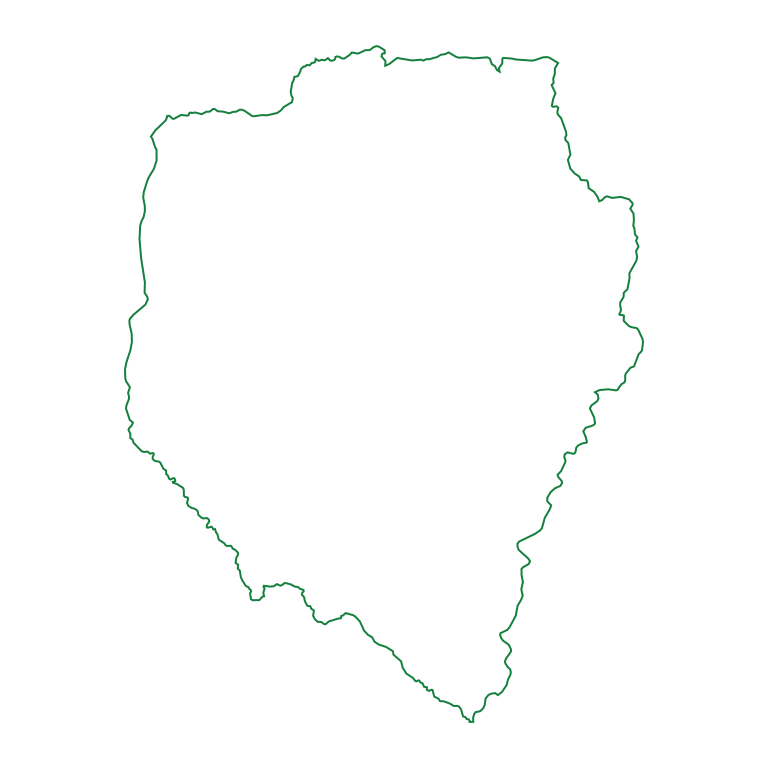 Belén De Umbría, Risaralda, Colombia (Mercator projection)
{"feature_id": "7082276B92483962355634", "entity_name": "Belén De Umbría", "entity_type": "district", "adm_level": 2, "iso_a3": "COL", "parent_name": "Colombia", "parent_adm1": "Risaralda", "projection": "mercator", "projection_center": [-75.868, 5.19], "detail": "fine", "context": "isolated", "style": "outline", "palette": "green", "viewbox_px": 768, "rotation_deg": 0, "n_neighbors": 0, "source": "geoboundaries", "source_scale": "gbopen_adm2", "svg_char_len": 6041}
<svg xmlns="http://www.w3.org/2000/svg" viewBox="0 0 768 768"><path d="M558.1,63.0L549.4,57.7L547.3,57.1L543.1,57.3L534.4,60.3L531.5,60.6L516.0,59.5L512.1,58.6L503.2,57.9L502.4,58.9L502.2,63.5L498.8,68.3L499.6,71.6L496.9,70.0L494.9,66.1L491.9,64.2L489.9,58.8L487.3,57.3L473.4,58.4L465.8,57.3L458.6,57.7L455.6,56.6L448.7,52.4L445.2,54.1L440.8,54.8L437.2,57.0L429.4,59.2L426.2,59.2L423.5,60.6L420.8,59.7L412.4,60.5L397.1,58.0L389.1,64.1L385.2,65.7L385.5,61.1L381.4,56.3L382.3,53.7L384.7,53.3L384.6,50.2L379.0,46.7L376.4,46.1L373.7,47.1L369.7,50.1L365.3,50.2L358.8,53.3L357.2,53.5L351.9,52.5L349.7,54.9L344.4,58.5L342.3,58.6L339.0,56.7L337.0,56.4L335.4,57.0L335.2,58.8L334.3,60.0L331.4,60.8L330.2,60.5L327.9,58.1L325.0,60.3L321.8,59.8L318.7,60.8L315.6,58.9L315.2,61.6L314.5,62.5L311.7,63.0L309.7,65.3L307.0,64.9L305.3,66.4L303.4,66.7L300.8,69.2L300.2,71.7L297.9,76.1L294.4,76.9L293.5,80.7L292.2,82.9L290.7,91.7L291.5,95.8L292.8,98.1L292.0,102.1L283.8,107.0L281.1,110.2L277.2,113.0L267.1,115.3L261.6,115.1L253.9,116.3L252.0,115.9L244.1,110.5L241.2,109.6L239.5,109.8L236.5,111.6L233.0,111.9L229.2,113.3L223.4,111.7L217.6,111.2L215.0,109.2L213.1,108.9L209.7,111.7L206.5,111.7L201.6,114.2L195.4,112.5L191.7,113.0L190.5,112.5L189.2,113.2L188.7,114.9L187.7,115.6L181.0,115.0L174.0,118.8L172.5,118.7L169.5,115.9L167.8,115.8L166.9,116.3L166.9,117.8L165.5,120.6L155.4,130.3L150.9,136.6L152.3,138.6L155.3,147.7L156.5,149.4L156.6,160.4L154.0,168.7L148.8,177.3L147.0,181.6L143.8,192.1L143.2,197.4L144.8,206.1L144.9,211.1L143.6,217.1L141.5,221.2L140.2,225.5L139.5,238.9L141.1,258.0L144.9,282.4L144.6,292.7L147.3,296.9L147.8,299.4L145.4,304.6L133.6,314.6L129.8,318.9L129.4,320.9L129.6,324.4L131.7,334.0L131.9,342.0L130.4,350.2L126.6,361.7L125.0,369.1L125.3,378.6L126.1,381.3L129.9,387.2L128.1,392.9L129.1,397.1L128.9,399.0L126.4,405.6L126.0,408.6L129.8,420.0L133.0,422.6L131.5,425.7L129.0,428.4L128.5,429.9L130.4,433.9L130.3,438.1L132.5,439.5L133.5,442.7L141.5,451.1L143.9,452.0L147.6,451.6L150.1,453.7L152.5,453.1L153.6,453.4L153.7,454.6L152.6,457.2L152.8,459.1L155.1,461.0L159.1,461.7L160.2,462.5L163.5,468.8L166.1,470.5L166.2,474.1L167.8,475.4L169.1,478.7L170.4,479.5L173.3,478.1L174.5,478.4L175.3,480.9L174.6,481.6L172.8,481.9L172.9,482.7L176.9,484.0L182.8,487.7L183.8,489.8L183.9,495.7L184.9,497.0L187.4,497.4L188.2,498.5L187.0,502.8L188.3,505.8L191.5,507.9L194.3,508.6L196.8,510.1L197.7,511.3L198.4,514.9L201.5,517.7L203.4,518.5L206.5,518.0L208.0,518.7L209.1,520.3L209.2,521.6L206.9,525.0L206.8,527.4L208.0,527.7L211.4,526.7L212.3,527.4L213.3,529.4L215.0,529.1L216.2,532.7L217.4,534.1L218.8,539.7L224.2,543.2L225.6,545.3L227.3,546.0L230.6,545.8L231.4,546.2L232.7,548.6L235.1,549.8L237.8,552.5L238.2,554.1L236.2,558.2L235.6,562.8L238.1,564.8L237.8,568.6L239.8,570.6L240.8,576.9L242.4,580.6L246.0,586.1L248.6,587.3L249.3,588.8L250.8,590.0L251.1,591.4L250.1,593.2L250.9,599.0L251.5,599.6L252.7,600.2L259.3,600.1L262.4,596.7L264.1,596.3L263.3,592.7L264.6,588.4L263.5,587.0L263.9,585.8L270.1,586.6L273.9,586.2L276.9,584.1L280.3,585.7L282.4,584.9L284.3,583.1L286.0,583.1L290.9,584.4L294.5,586.5L297.8,587.0L300.2,588.9L303.4,589.9L303.7,591.3L302.3,592.7L301.9,594.7L304.0,597.0L304.9,601.2L307.2,605.7L310.4,606.3L311.2,608.8L313.3,609.9L313.9,610.8L313.1,615.8L314.9,619.2L317.7,621.8L321.3,622.0L324.0,624.0L325.5,624.3L328.9,621.4L338.4,618.5L340.8,618.3L341.3,615.9L342.9,615.5L345.7,613.1L353.2,615.2L355.3,616.6L359.9,621.5L364.2,630.8L368.1,634.9L372.1,637.2L374.4,641.6L378.6,644.5L386.2,647.0L393.0,651.3L393.4,654.6L401.1,661.3L402.7,667.8L406.4,673.6L412.9,677.9L415.2,680.9L416.4,681.4L418.4,680.4L419.3,680.6L420.1,682.3L422.5,683.3L424.1,686.8L427.0,687.3L426.8,689.5L427.7,690.4L429.0,690.9L431.4,689.8L432.5,690.0L434.2,696.5L438.6,698.8L440.1,701.2L443.8,701.3L449.9,703.6L453.8,706.0L457.0,705.9L459.0,706.5L461.2,709.7L463.1,716.5L465.5,717.2L466.7,719.0L468.8,719.4L469.9,721.2L469.6,721.9L473.3,721.9L473.1,717.6L474.4,713.6L475.7,712.1L480.2,711.2L483.1,708.4L484.7,705.0L485.6,698.5L488.4,695.0L491.1,693.7L495.1,693.1L497.9,695.1L502.0,691.9L506.6,685.1L508.0,679.6L510.4,674.8L510.8,672.1L510.2,669.3L507.8,667.1L505.4,663.6L505.0,661.2L506.0,658.6L510.9,651.7L511.0,649.4L508.8,644.8L503.0,640.6L501.0,637.7L500.1,634.9L500.5,633.2L507.5,629.8L509.6,627.2L515.7,615.8L517.7,605.5L521.0,600.1L522.7,595.8L521.3,589.4L522.9,582.1L521.6,575.3L521.5,568.9L523.2,567.2L528.7,564.0L530.0,561.2L528.4,558.7L518.7,549.9L517.5,546.5L517.5,543.7L519.0,541.6L534.9,533.9L540.1,530.4L541.9,528.2L544.8,517.8L549.8,509.2L551.2,505.3L547.3,501.4L547.3,497.8L550.5,492.3L554.9,488.3L560.3,485.9L562.1,483.0L561.8,481.2L558.0,476.6L557.6,474.8L561.1,471.1L565.3,462.1L565.4,460.5L564.2,456.6L564.8,454.2L567.6,452.4L573.2,453.8L574.6,453.4L575.5,451.9L576.3,447.7L577.8,445.7L582.3,443.4L586.3,442.7L587.0,442.0L585.6,436.7L583.3,431.3L585.7,427.8L592.5,425.6L594.4,424.4L595.0,423.3L594.2,417.6L589.9,408.5L591.4,405.5L597.2,401.2L598.5,398.4L597.6,394.4L595.0,392.2L599.7,390.0L608.4,389.3L616.0,390.4L617.6,389.8L621.3,384.3L624.4,382.5L625.2,380.5L625.2,375.3L625.9,373.4L630.5,367.7L634.0,366.4L638.6,354.3L641.7,351.0L642.1,349.8L643.0,342.4L642.6,339.2L638.2,329.7L636.7,328.1L631.5,327.2L628.7,325.9L623.7,320.8L623.9,315.7L622.3,315.0L620.0,315.0L619.3,314.2L621.0,310.4L620.1,304.8L620.4,302.2L623.6,296.9L623.8,292.8L627.5,289.1L629.5,278.5L629.4,273.3L636.5,260.4L637.1,256.7L636.0,251.2L638.5,246.7L636.1,240.8L637.4,237.3L635.0,234.4L634.4,228.3L633.3,225.9L633.9,219.9L633.5,213.6L630.3,208.7L632.6,204.8L632.6,203.3L629.1,199.3L620.6,196.9L612.4,197.9L606.7,196.3L604.8,197.3L602.2,200.0L599.3,201.3L597.5,196.9L594.1,191.9L588.7,188.2L587.9,182.2L587.1,180.5L580.9,180.0L579.1,176.4L574.9,173.7L570.3,168.6L567.9,159.9L570.4,154.6L568.3,143.0L566.0,140.7L565.4,139.4L565.1,137.6L566.4,135.3L566.0,131.7L561.1,118.1L557.6,114.2L557.4,111.3L558.3,107.7L556.5,106.3L552.9,106.8L551.8,105.9L553.3,98.5L555.5,93.2L551.6,85.1L553.6,82.9L553.2,78.6L554.8,74.2L554.9,68.4L558.1,63.0Z" fill="none" stroke="#15803d" stroke-width="2"/></svg>